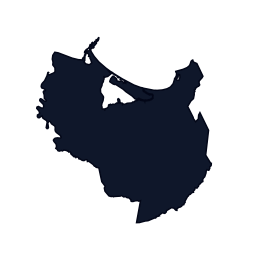 Tela, Atlántida, Honduras (Robinson projection), rotated 346°
{"feature_id": "27666195B55788691524887", "entity_name": "Tela", "entity_type": "district", "adm_level": 2, "iso_a3": "HND", "parent_name": "Honduras", "parent_adm1": "Atlántida", "projection": "robinson", "projection_center": [-87.586, 15.716], "detail": "fine", "context": "isolated", "style": "filled", "palette": "ink", "viewbox_px": 256, "rotation_deg": 346, "n_neighbors": 0, "source": "geoboundaries", "source_scale": "gbopen_adm2", "svg_char_len": 5784}
<svg xmlns="http://www.w3.org/2000/svg" viewBox="0 0 256 256"><g transform="rotate(346 128 128)"><path d="M207.3,77.8L206.9,77.7L205.4,78.5L203.5,81.5L202.3,82.6L199.9,83.7L195.6,84.4L188.0,84.6L187.9,85.0L188.4,86.2L188.1,87.6L187.3,89.4L185.4,91.2L186.3,91.7L186.9,92.5L187.1,91.8L188.6,91.2L189.0,90.4L188.7,90.1L189.4,89.7L189.3,88.8L190.3,88.2L191.0,88.8L190.7,91.3L189.0,93.9L188.1,93.9L186.8,93.1L186.3,91.9L185.3,91.4L182.6,95.9L179.1,98.5L175.4,99.4L170.6,99.4L165.7,98.6L162.1,97.6L153.4,93.5L152.8,93.6L152.3,92.8L149.8,91.6L144.1,87.7L134.4,79.0L126.5,70.9L126.2,71.2L126.5,71.6L130.0,75.1L130.3,76.1L130.8,76.2L130.7,76.5L131.3,76.5L131.2,76.9L131.8,77.0L133.2,78.4L132.8,78.7L133.4,78.7L134.1,79.6L134.4,79.4L135.7,80.7L136.5,83.0L137.0,83.3L136.6,84.1L135.8,83.4L134.6,83.5L135.0,82.9L132.7,80.5L132.7,80.9L131.4,81.1L130.7,80.5L129.2,80.2L128.5,79.0L128.8,78.7L128.6,77.3L128.1,76.4L127.1,75.6L126.9,74.5L126.3,74.1L125.5,74.2L123.2,76.0L121.6,78.3L121.6,78.8L124.1,81.6L125.4,82.5L126.6,82.7L132.6,89.1L134.7,92.2L139.8,98.0L141.8,101.3L143.0,102.2L145.6,101.7L148.4,103.9L151.8,105.1L156.0,105.7L159.1,104.7L159.4,104.3L159.7,102.6L158.9,100.8L158.0,100.5L157.8,100.8L158.5,101.1L157.4,101.2L157.6,100.6L156.8,100.8L155.7,100.3L151.8,96.2L151.7,94.6L152.5,93.9L153.2,93.9L152.7,95.3L153.5,96.8L156.4,99.7L159.4,100.8L160.0,101.4L160.3,102.7L159.6,104.0L159.7,105.0L158.0,106.0L155.8,106.5L150.9,105.9L150.7,106.4L150.6,105.8L146.7,104.1L145.4,103.0L143.4,103.7L141.5,103.4L140.5,104.2L138.8,103.9L137.8,104.6L133.1,103.8L131.1,104.2L129.4,104.0L129.2,103.6L128.3,104.0L128.5,102.6L126.7,101.8L126.5,100.6L126.7,98.9L126.4,98.0L125.7,97.2L125.2,97.4L124.8,98.2L125.1,99.9L124.2,100.7L124.9,100.5L125.2,101.3L124.6,100.9L124.6,101.4L123.7,101.5L123.0,101.0L120.9,101.9L118.9,101.2L117.6,101.5L116.6,100.7L116.2,101.2L115.2,100.8L114.7,101.1L114.2,102.5L113.4,103.2L112.3,103.7L109.6,103.9L110.2,105.7L109.1,103.7L107.7,103.3L107.3,102.4L107.9,101.6L107.7,100.1L108.6,97.9L110.4,95.4L111.6,92.5L111.7,91.5L110.0,87.0L110.7,83.4L113.0,80.5L113.7,78.6L115.3,77.1L115.5,76.2L116.5,74.8L117.1,71.6L117.3,73.4L118.3,73.0L120.8,73.1L124.8,71.2L124.7,70.5L123.8,69.8L121.9,66.0L125.9,71.1L126.4,70.5L124.6,68.8L121.1,64.6L115.7,56.9L112.5,50.4L110.8,45.1L110.6,42.9L110.9,42.2L111.8,42.2L112.5,41.5L113.5,42.0L114.4,41.6L114.4,40.6L117.9,38.1L118.2,36.7L120.1,36.0L121.2,34.5L121.5,33.3L121.2,33.2L120.8,33.8L119.3,34.8L118.5,34.6L117.9,35.8L116.6,36.0L115.7,37.1L114.3,37.1L114.2,36.4L113.7,36.5L113.6,37.1L112.7,37.7L113.2,38.0L113.3,38.6L112.6,39.1L112.6,39.7L111.3,39.8L111.9,38.2L111.4,38.0L110.0,40.2L108.8,41.0L109.9,41.5L109.6,42.7L108.9,43.5L107.8,43.7L106.7,43.0L106.8,42.6L107.5,41.9L107.4,41.5L106.5,41.8L104.5,43.3L104.1,44.4L104.7,44.7L104.5,45.9L103.4,46.8L103.4,47.5L104.7,46.8L106.1,43.2L106.2,45.0L106.6,45.7L107.0,45.6L107.4,46.2L107.8,47.6L107.1,49.0L107.9,49.4L108.4,50.2L108.0,51.2L108.4,52.7L108.5,56.0L106.9,56.9L105.5,57.2L102.6,55.6L101.3,53.3L102.3,52.2L103.5,48.3L102.8,48.1L102.4,48.7L101.5,48.9L100.6,49.9L100.4,51.0L96.2,49.6L90.7,46.7L78.3,38.1L75.3,36.8L72.6,39.3L71.2,42.9L71.2,45.9L70.3,48.6L71.7,51.8L70.9,55.6L69.6,56.5L64.5,57.4L63.9,57.1L63.4,56.3L63.5,55.4L64.4,55.1L64.3,54.8L63.7,54.8L62.1,57.7L58.5,62.0L55.5,64.0L54.4,65.3L53.8,66.9L54.0,68.2L56.3,69.8L57.1,71.2L56.9,71.8L55.3,71.7L54.5,72.5L54.7,75.6L54.0,79.1L55.5,81.5L54.8,82.2L53.7,82.0L51.0,78.9L50.2,78.5L49.6,78.8L49.1,79.6L49.1,80.4L51.6,84.7L51.5,86.7L50.6,87.8L49.5,88.2L46.2,85.4L44.7,85.7L44.2,86.9L45.7,89.8L45.9,92.1L45.4,92.8L43.3,93.5L42.8,95.1L43.3,96.2L44.3,96.6L47.5,95.4L47.9,98.0L50.8,101.1L51.0,102.8L48.7,107.9L49.3,109.0L50.1,109.1L50.9,108.3L51.4,103.8L53.2,102.1L54.0,102.8L54.8,105.4L57.5,108.4L57.5,110.0L56.8,112.2L56.8,113.5L57.4,115.0L60.5,118.8L60.9,120.7L60.6,121.2L59.8,121.4L57.2,120.5L54.8,120.3L53.7,120.8L52.7,121.7L52.9,123.2L54.2,125.8L54.4,127.1L54.0,129.1L53.0,130.3L54.2,131.7L54.5,133.0L55.7,133.8L57.9,133.7L58.8,134.4L60.5,133.9L63.2,135.1L63.5,135.7L64.3,135.5L64.7,137.0L66.3,137.3L66.6,138.2L66.3,139.1L67.0,139.4L66.8,140.0L68.7,142.9L69.2,143.0L69.7,142.5L70.3,144.1L71.2,143.5L72.0,144.0L73.1,145.1L72.8,145.6L73.0,146.2L74.2,146.6L75.7,148.3L77.4,149.0L79.2,148.5L80.4,148.8L80.7,149.4L80.5,150.7L81.9,150.8L85.3,154.9L86.2,156.9L87.3,157.2L87.5,158.4L90.1,159.6L89.6,173.8L91.8,179.1L90.5,180.5L90.4,183.8L93.1,189.3L95.2,190.5L96.1,190.3L97.2,191.2L97.9,191.1L103.9,192.2L105.6,192.0L107.1,193.8L109.0,194.0L110.4,195.5L111.5,195.5L113.5,198.3L113.2,199.5L113.5,200.0L115.0,200.5L117.5,200.4L119.7,200.8L120.8,201.6L122.6,201.5L113.4,221.9L116.1,222.5L122.3,222.4L125.0,222.8L132.0,221.7L133.0,222.0L133.7,221.5L134.1,220.6L135.1,221.0L137.3,220.8L137.1,220.0L141.3,218.5L142.3,219.5L143.2,219.7L144.7,218.8L145.4,217.5L150.9,215.8L153.2,216.9L154.4,219.2L155.5,219.8L155.7,219.6L155.4,218.4L156.8,218.0L157.3,217.3L159.8,217.3L161.2,216.8L162.0,215.9L163.6,215.9L164.3,214.7L165.4,214.0L165.6,212.8L169.3,208.8L170.1,208.6L171.0,207.5L172.4,207.4L174.2,206.2L176.0,206.2L176.0,205.1L177.8,204.0L178.7,202.1L180.4,203.0L181.4,202.0L182.1,201.8L183.3,199.9L184.4,199.7L186.1,198.4L187.6,198.1L187.9,197.5L187.5,196.7L189.1,194.8L190.6,193.9L192.8,190.5L193.4,188.7L194.6,187.5L195.7,188.4L196.3,188.5L197.6,186.9L197.9,185.4L199.3,184.8L199.8,184.1L200.3,182.4L199.7,182.1L199.4,181.3L196.8,173.1L205.6,149.7L201.5,130.5L199.7,132.5L198.4,136.3L195.1,138.3L193.7,134.6L193.8,133.5L191.1,121.5L195.4,117.1L198.6,115.3L200.3,111.7L200.8,109.5L201.7,108.8L201.6,107.1L202.4,107.0L203.1,106.1L203.1,105.4L203.7,105.5L205.8,104.5L206.5,104.6L207.8,103.7L208.0,103.2L207.7,101.2L208.2,100.6L208.0,99.9L212.1,97.1L213.2,95.9L210.4,82.1L207.9,80.2L207.3,79.3L207.3,77.8Z" fill="#0f172a" stroke="#020617" stroke-width="1.5"/></g></svg>